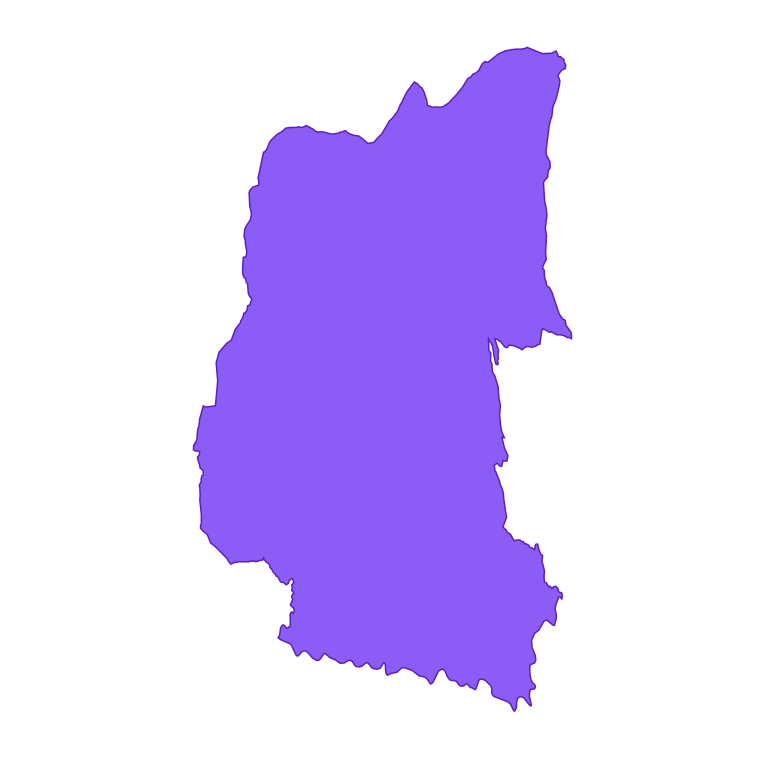 the district of Gjerdrum nor, Akershus, Norway, rotated 88°
{"feature_id": "86288312B13989294808730", "entity_name": "Gjerdrum nor", "entity_type": "district", "adm_level": 2, "iso_a3": "NOR", "parent_name": "Norway", "parent_adm1": "Akershus", "projection": "equal_earth", "projection_center": [11.024, 60.079], "detail": "fine", "context": "isolated", "style": "filled", "palette": "violet", "viewbox_px": 768, "rotation_deg": 88, "n_neighbors": 0, "source": "geoboundaries", "source_scale": "gbopen_adm2", "svg_char_len": 6133}
<svg xmlns="http://www.w3.org/2000/svg" viewBox="0 0 768 768"><g transform="rotate(88 384 384)"><path d="M605.0,213.8L602.3,213.2L598.9,213.7L598.0,216.5L594.6,217.3L592.5,218.9L592.2,219.5L592.6,221.7L594.1,223.2L591.9,225.2L592.3,226.6L588.4,228.6L587.4,230.6L582.3,230.8L576.1,230.2L566.6,232.3L561.0,231.5L559.3,233.3L554.9,235.0L549.4,236.0L549.3,237.4L550.2,238.3L554.7,239.3L553.0,241.7L552.5,243.8L550.3,244.8L548.4,248.0L548.8,248.8L546.3,250.3L546.5,251.8L545.0,253.0L544.5,254.8L545.0,259.7L539.0,262.6L536.2,266.1L534.3,267.0L531.0,270.2L521.8,266.2L503.8,268.3L497.8,268.5L493.4,269.4L487.3,271.7L485.9,271.7L475.7,275.3L474.7,276.2L468.8,276.5L467.2,273.7L469.9,271.2L470.5,269.5L464.7,267.5L465.4,264.8L465.3,263.8L460.0,262.7L451.7,266.0L441.4,268.0L441.9,265.6L435.1,268.2L430.5,268.8L418.6,269.6L409.8,268.4L402.0,269.7L390.6,270.1L379.0,273.2L377.6,274.4L374.9,275.3L367.8,275.4L364.9,276.7L356.7,276.2L354.0,278.1L344.5,277.9L341.1,278.3L343.6,277.5L347.3,275.2L351.2,274.0L358.9,273.2L367.9,271.6L368.7,269.8L367.6,269.1L364.7,269.9L362.8,268.8L359.5,269.1L354.4,268.3L342.7,271.8L342.7,270.9L343.8,268.6L344.7,268.1L345.2,266.4L350.8,262.3L351.7,261.1L351.9,259.4L349.5,257.5L350.1,253.5L353.3,246.4L354.7,245.2L352.2,241.7L351.5,239.0L352.4,235.1L351.9,232.3L350.1,228.8L349.6,226.8L336.8,224.6L334.5,223.6L335.4,221.0L338.0,217.0L337.8,215.2L338.7,213.1L340.8,209.8L341.1,205.5L341.8,202.7L343.9,199.3L344.0,197.6L345.2,195.1L342.9,194.8L338.5,195.5L331.8,200.0L326.5,200.8L325.3,203.1L320.4,206.4L298.1,213.0L293.1,215.5L292.5,216.8L290.7,218.3L287.9,218.4L283.3,219.8L276.3,219.9L275.3,220.2L274.1,221.5L271.5,220.9L265.2,217.6L258.0,217.9L241.5,216.4L234.3,217.4L221.1,215.3L214.9,215.7L206.4,217.1L188.5,217.6L186.7,216.8L182.9,213.2L176.4,212.4L173.8,210.4L167.8,210.4L160.3,213.9L156.3,213.9L132.1,210.0L125.4,208.2L122.3,206.9L112.9,205.5L104.5,201.9L91.2,198.2L87.0,197.7L81.6,199.4L77.1,196.0L75.4,193.2L75.2,191.8L71.7,191.3L67.8,192.9L65.9,192.9L64.5,194.9L63.0,196.1L63.1,198.1L57.2,200.3L59.3,205.1L59.3,214.4L52.6,229.2L53.6,231.5L54.1,235.2L54.0,241.5L55.2,251.0L58.0,257.9L66.2,269.0L65.2,271.9L67.6,274.8L74.1,278.4L76.3,281.4L77.7,284.6L80.2,286.5L81.8,289.7L89.6,294.8L97.4,301.5L105.4,309.6L108.8,315.1L109.5,318.0L108.9,322.0L109.2,325.4L107.0,330.9L102.0,331.4L93.7,333.8L89.5,335.6L88.6,337.2L85.0,340.3L83.2,343.2L93.1,351.1L103.5,356.6L105.7,358.2L111.2,360.4L118.9,366.6L121.0,369.2L135.0,378.2L135.5,379.4L142.2,385.8L143.0,391.9L140.5,394.2L135.3,400.5L134.4,405.6L132.8,409.4L131.1,412.4L129.8,412.9L129.6,414.4L130.8,417.6L130.8,419.3L131.8,420.6L132.4,427.0L132.2,428.7L129.9,436.0L129.7,442.5L126.6,446.4L123.0,452.7L124.8,456.9L124.0,460.2L124.5,462.7L124.3,468.8L124.9,473.3L128.1,477.0L130.7,482.0L136.6,488.5L139.5,490.5L145.7,493.1L147.9,495.4L148.1,496.3L174.1,502.7L175.7,502.2L180.8,502.1L182.8,508.5L186.1,511.5L187.9,512.1L200.7,512.0L209.5,510.5L212.9,511.4L214.3,511.3L222.8,517.1L224.9,517.8L231.5,518.7L235.2,517.7L239.3,517.6L246.6,516.5L252.0,517.4L252.5,520.2L264.8,521.4L270.1,521.1L272.8,520.0L274.0,518.6L278.0,518.0L278.7,516.9L288.9,516.4L291.6,515.3L293.9,513.5L295.3,513.1L296.2,513.9L300.3,515.3L301.0,517.5L305.5,518.4L308.5,520.6L308.3,521.5L312.7,522.8L316.3,525.2L317.7,525.4L324.4,530.8L334.8,535.0L337.9,539.8L346.4,547.7L357.0,551.0L375.2,550.1L399.9,553.2L400.8,562.0L400.4,564.0L399.5,565.3L412.8,569.5L418.9,570.3L423.5,571.9L432.3,572.8L435.4,573.9L436.3,575.0L438.1,575.6L438.8,576.4L443.3,576.7L444.6,574.4L444.3,572.3L445.6,570.6L448.4,571.0L450.6,573.0L452.8,572.7L459.4,570.9L461.5,570.8L463.3,568.5L464.8,567.7L468.2,567.8L469.2,569.0L472.4,570.1L474.4,569.9L479.2,572.2L481.3,571.7L488.4,571.6L493.4,572.1L507.6,571.1L516.4,571.4L519.6,572.3L521.8,572.4L525.5,569.2L528.0,566.0L537.0,562.7L539.9,558.9L553.2,546.7L555.3,545.9L558.7,543.4L557.3,540.2L556.6,535.2L557.0,525.2L556.3,523.8L556.7,521.9L556.1,520.5L557.0,519.0L556.9,517.0L555.7,513.2L555.9,511.9L553.6,510.5L555.6,509.9L556.9,508.3L558.1,507.8L559.2,505.8L561.5,504.5L563.5,504.3L565.2,502.7L568.9,500.9L569.6,499.6L572.0,498.7L573.2,496.7L578.0,494.4L578.7,493.2L578.4,492.8L578.9,491.3L581.2,488.8L580.0,486.6L577.5,485.7L576.4,484.6L575.0,482.6L576.1,481.9L579.3,481.1L581.7,483.3L584.5,482.7L587.1,483.5L588.4,482.0L589.7,481.6L592.8,483.8L596.3,482.8L601.1,485.2L602.1,485.0L605.3,481.8L608.1,481.7L609.9,482.8L608.8,483.5L608.8,484.7L611.0,485.9L621.6,486.0L622.8,486.5L624.9,489.4L621.5,492.3L621.3,493.5L621.7,494.3L624.3,495.9L631.0,497.0L633.8,498.7L635.9,496.3L640.4,486.9L641.8,485.7L651.4,481.6L652.7,480.5L652.8,479.3L648.4,475.0L647.9,472.8L648.1,471.6L649.7,469.5L655.5,464.9L657.7,461.3L658.0,459.5L656.9,457.5L651.8,453.8L651.3,452.8L651.5,451.9L655.3,447.9L658.2,442.0L661.6,437.5L661.4,433.5L659.4,430.0L658.8,428.1L660.1,425.4L664.5,422.8L665.4,421.5L665.9,418.7L665.3,416.2L662.0,411.7L662.0,410.5L663.2,408.9L667.2,406.1L668.1,404.2L668.6,401.6L668.8,400.1L667.7,397.5L662.7,394.3L662.9,393.4L664.4,392.5L672.2,392.3L674.7,391.4L675.1,390.5L673.4,386.8L672.7,381.4L668.8,376.7L668.2,375.5L668.4,373.1L671.2,365.9L676.8,359.2L678.3,353.5L680.6,351.0L685.2,348.3L685.4,347.5L684.3,345.9L682.8,344.9L673.1,339.7L671.2,336.9L671.1,335.1L673.0,333.1L678.7,330.8L681.9,328.7L682.8,326.4L682.8,323.9L683.7,322.1L687.7,319.2L688.7,317.6L688.6,315.2L686.7,312.5L686.7,311.9L688.0,310.1L690.2,308.5L690.8,306.4L692.6,303.7L691.6,302.6L683.8,299.7L682.4,298.4L682.4,296.0L683.8,293.0L689.6,287.6L692.5,287.0L696.4,287.2L699.3,285.9L700.2,284.8L706.1,271.1L708.3,268.8L714.1,266.2L715.4,265.3L715.3,264.6L711.8,262.9L706.8,262.6L703.9,261.8L702.5,261.1L701.4,259.6L701.5,257.2L702.7,255.1L710.6,249.4L710.7,248.3L710.2,247.9L701.3,249.6L697.0,249.3L694.2,248.0L694.0,244.2L691.9,243.3L690.0,243.7L687.5,246.1L684.5,247.5L677.9,248.3L670.8,248.2L669.5,247.2L668.0,243.1L665.1,241.9L660.1,242.4L652.7,245.2L646.1,245.5L644.5,245.1L638.5,242.2L635.4,237.8L626.6,232.4L625.5,229.6L630.8,223.7L631.2,222.1L623.9,219.9L621.2,219.8L615.1,220.8L610.8,220.0L603.4,217.0L602.9,216.3L603.2,215.3L605.0,213.8Z" fill="#8b5cf6" stroke="#5b21b6" stroke-width="1.5"/></g></svg>